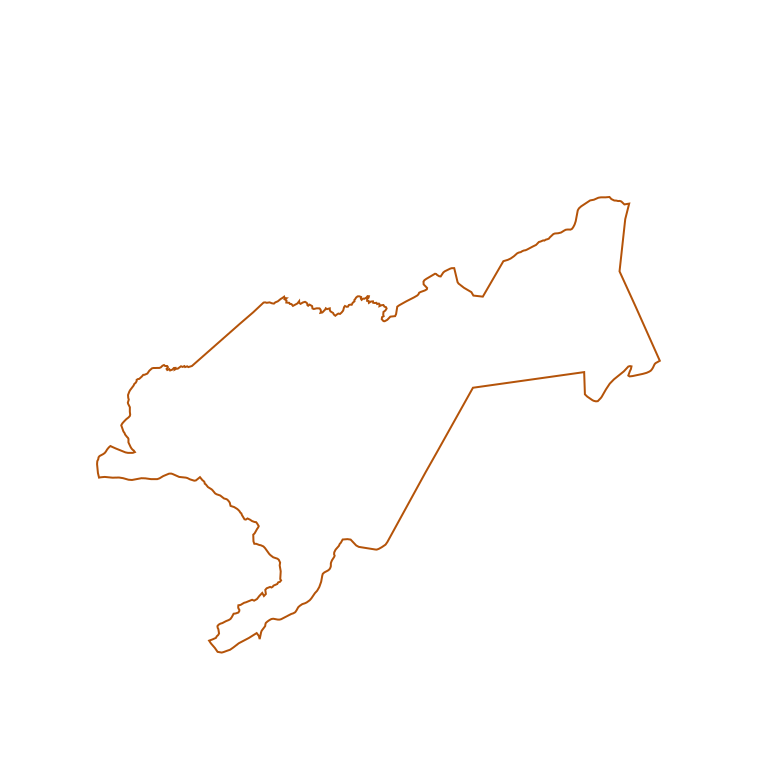 the district of Sotik, Rift Valley, Kenya, rotated 228°
{"feature_id": "3690345B96591011097593", "entity_name": "Sotik", "entity_type": "district", "adm_level": 2, "iso_a3": "KEN", "parent_name": "Kenya", "parent_adm1": "Rift Valley", "projection": "equal_earth", "projection_center": [35.146, -0.766], "detail": "fine", "context": "isolated", "style": "outline", "palette": "amber", "viewbox_px": 768, "rotation_deg": 228, "n_neighbors": 0, "source": "geoboundaries", "source_scale": "gbopen_adm2", "svg_char_len": 6149}
<svg xmlns="http://www.w3.org/2000/svg" viewBox="0 0 768 768"><g transform="rotate(228 384 384)"><path d="M550.9,222.0L550.9,218.5L550.1,215.1L551.1,212.2L551.9,211.2L551.6,209.0L551.6,205.5L552.3,204.5L552.6,203.0L551.7,202.1L551.1,200.5L551.1,198.4L550.4,196.9L549.3,191.1L548.7,189.5L547.1,186.4L544.9,184.7L543.2,183.9L541.5,181.1L540.5,180.6L536.8,179.6L533.4,176.5L531.1,174.9L530.3,173.7L530.1,171.8L530.3,168.8L530.1,165.7L529.8,163.1L529.1,161.1L523.1,158.6L520.8,158.3L519.8,157.8L516.5,157.6L515.3,157.7L514.1,157.3L511.6,155.0L506.6,153.5L504.9,153.2L503.4,153.2L502.0,153.5L500.1,153.3L500.9,151.3L504.2,147.6L506.2,146.1L515.6,141.5L521.0,139.1L521.0,137.0L520.6,134.4L519.9,132.1L519.6,130.3L519.8,128.4L520.8,124.4L520.5,122.8L519.3,121.3L518.5,119.3L516.4,117.1L509.2,111.8L505.1,109.6L504.2,111.1L501.8,114.3L496.1,119.5L491.8,124.5L488.6,127.1L483.8,130.1L481.3,132.5L476.3,140.7L473.6,143.5L469.2,147.2L465.0,151.9L464.1,154.1L463.3,158.3L461.2,164.3L459.7,166.0L458.5,166.7L452.0,169.6L447.0,174.1L445.6,175.0L443.0,176.0L439.1,178.3L438.2,179.7L437.9,184.9L433.9,184.7L432.7,185.0L431.1,184.9L429.9,184.1L428.6,184.4L425.2,184.2L421.1,185.4L419.9,185.5L415.7,185.3L414.1,185.8L410.7,187.7L406.0,188.5L403.8,189.9L402.7,190.2L400.6,190.2L399.1,190.0L396.1,188.4L392.8,190.3L389.4,191.3L387.7,191.5L386.0,191.5L384.6,191.2L383.3,191.4L381.9,190.8L376.8,189.8L375.7,190.6L375.4,192.6L372.7,193.7L370.5,194.2L368.2,195.4L366.9,196.5L365.3,196.4L362.2,195.8L361.6,194.5L361.2,192.7L359.6,188.0L359.5,186.0L354.4,181.7L352.0,180.7L350.8,182.1L347.8,183.6L346.7,184.5L344.0,185.7L341.7,185.8L334.5,185.0L332.8,185.1L329.4,185.7L325.5,187.9L323.8,188.2L320.8,187.3L319.0,185.1L313.9,181.9L308.5,176.4L306.9,176.1L306.6,174.2L307.4,172.7L306.8,170.8L308.1,167.0L307.8,165.5L308.1,164.2L309.4,163.6L310.7,160.1L310.4,158.0L307.0,155.7L306.8,152.9L310.2,153.7L309.9,149.5L309.2,145.7L309.9,142.5L311.9,141.6L314.2,135.2L315.0,133.7L315.8,129.6L317.0,127.7L315.7,126.3L314.5,125.6L313.2,125.5L312.2,124.7L311.6,122.9L312.7,120.3L313.9,118.5L312.6,114.9L312.1,112.6L312.5,110.6L313.5,107.9L314.5,103.9L315.4,102.0L315.8,100.0L315.5,98.2L314.0,97.2L312.7,96.9L309.0,94.5L308.4,92.8L308.4,90.9L307.8,89.2L309.0,85.5L310.3,82.3L307.0,81.8L301.1,81.7L296.3,81.1L293.0,83.7L292.1,85.5L290.8,88.8L289.5,91.8L289.0,95.8L288.5,102.6L285.7,113.6L284.1,122.7L280.5,122.4L277.6,120.9L281.7,126.5L282.5,128.0L283.6,133.7L284.8,135.1L285.5,136.3L285.5,138.4L285.2,140.9L284.7,143.0L283.7,144.6L279.9,147.5L278.8,148.7L278.0,150.3L275.2,161.1L274.3,163.1L273.8,165.3L274.3,167.4L275.5,170.9L275.5,173.0L275.1,176.0L274.0,178.4L273.4,180.4L273.0,184.1L273.3,186.6L274.8,192.7L275.1,196.0L276.4,200.0L279.1,205.0L282.9,209.9L283.9,211.5L283.9,213.6L282.9,217.5L282.8,219.5L283.4,221.3L284.2,222.6L286.3,224.5L287.0,225.7L287.8,227.4L288.8,231.1L289.4,232.4L290.9,233.0L292.2,234.4L293.3,237.2L293.9,242.2L294.8,244.2L294.9,245.7L296.1,249.2L293.2,253.0L290.7,255.1L282.6,255.3L279.8,256.3L266.7,266.9L265.8,267.8L265.0,269.7L264.2,273.2L263.6,277.6L264.3,280.7L290.5,355.6L297.9,377.7L321.7,447.6L258.9,540.7L241.9,526.4L238.7,526.6L232.4,528.1L231.0,528.7L229.3,529.9L228.2,531.4L228.5,535.7L228.8,537.2L231.5,545.4L233.2,552.0L233.6,558.0L232.9,570.7L233.5,577.2L232.7,578.8L231.5,579.7L229.9,577.5L229.0,575.3L226.8,571.2L225.3,571.6L223.6,574.0L218.4,583.0L216.6,586.6L215.7,589.4L215.4,591.3L215.7,593.2L216.2,594.9L217.6,598.2L217.8,599.7L216.7,604.5L273.2,622.8L310.1,634.4L345.1,673.6L354.0,686.9L356.6,682.8L360.8,682.5L362.3,681.7L363.3,680.4L364.8,679.4L366.3,677.9L369.3,676.7L372.1,676.7L374.2,673.9L377.8,669.8L379.0,667.9L380.5,663.3L382.5,660.0L384.1,649.4L384.1,646.4L383.4,644.2L376.7,635.4L375.0,632.4L374.0,629.8L373.5,627.6L373.9,626.0L376.1,623.6L377.0,622.3L377.4,620.8L378.1,616.9L379.5,614.3L381.5,611.7L382.1,610.2L382.0,605.2L381.7,603.8L382.3,602.2L383.0,600.9L383.3,599.1L384.2,598.4L385.1,595.7L385.9,594.1L385.6,590.1L386.6,586.6L388.2,580.2L388.7,578.7L389.6,577.3L390.2,575.7L390.5,573.9L391.5,572.1L392.0,570.4L392.0,566.1L392.5,562.1L393.4,559.1L395.4,554.9L382.8,515.9L389.9,509.6L393.8,510.4L402.0,507.8L408.7,506.6L410.4,506.8L423.1,513.7L424.0,512.7L424.9,511.6L425.5,510.2L427.1,504.5L427.2,502.7L426.0,498.1L427.2,497.1L429.7,496.4L430.8,496.4L431.8,495.7L433.8,485.9L434.1,483.6L433.7,481.9L431.5,480.1L426.5,480.3L425.7,479.2L426.2,476.9L427.8,473.0L428.3,471.2L427.6,469.6L427.5,468.0L428.3,464.2L430.5,456.0L432.3,448.1L432.6,445.6L427.9,439.8L427.0,437.7L429.8,433.8L429.5,429.4L430.2,426.5L431.1,425.7L433.7,425.7L435.0,427.3L434.6,429.1L435.9,429.7L437.9,431.8L437.7,434.2L438.3,436.4L439.7,436.9L441.2,436.1L443.1,436.4L444.3,434.7L444.9,432.7L446.1,434.0L447.2,434.0L448.0,432.4L449.4,432.7L450.3,431.4L451.6,430.3L452.8,431.1L454.0,429.5L454.4,427.1L456.0,428.1L457.1,427.1L458.4,428.3L458.5,430.3L459.3,431.5L460.3,430.6L460.0,428.7L460.5,426.4L461.5,425.6L461.5,423.7L462.9,423.9L464.0,425.2L465.7,424.3L466.8,423.0L466.9,421.1L466.4,419.5L466.2,418.1L465.2,417.4L465.3,415.1L464.5,413.0L465.5,412.1L466.2,410.7L465.6,409.0L466.5,407.8L468.1,407.2L467.8,405.7L465.9,402.8L465.5,400.4L465.5,398.2L466.9,397.2L467.2,395.4L467.3,393.5L469.2,393.2L470.8,393.7L473.8,392.8L475.3,393.3L476.5,394.3L477.8,391.7L479.2,391.4L478.7,390.2L478.4,386.1L479.4,384.4L480.2,385.8L481.7,386.6L483.3,386.7L485.3,384.6L486.7,382.0L488.0,381.4L490.0,382.7L492.8,381.8L492.9,380.0L494.0,379.9L495.1,380.8L496.3,380.8L497.9,380.3L498.9,378.2L499.4,375.6L501.1,375.3L502.3,376.3L501.8,373.5L503.0,368.6L505.3,368.7L506.6,367.6L507.7,367.9L509.9,365.9L511.3,367.4L513.3,366.9L513.1,368.8L514.5,367.6L515.7,368.2L515.9,366.1L516.3,364.3L516.5,360.4L517.4,357.9L517.4,356.0L519.0,354.7L521.2,353.6L522.8,351.2L524.2,350.3L525.1,349.0L524.8,334.8L525.2,317.2L525.9,253.3L527.5,249.9L528.8,249.6L529.7,247.5L530.9,247.6L531.4,245.8L533.0,245.0L533.4,241.0L534.4,239.7L534.7,238.3L535.6,239.7L536.5,238.6L536.3,236.4L537.2,234.1L538.7,234.4L539.4,232.3L540.7,232.5L541.1,234.7L542.5,234.9L543.8,233.4L545.3,233.2L545.8,231.6L545.7,229.4L546.2,227.9L550.2,223.3L550.9,222.0Z" fill="none" stroke="#b45309" stroke-width="2"/></g></svg>